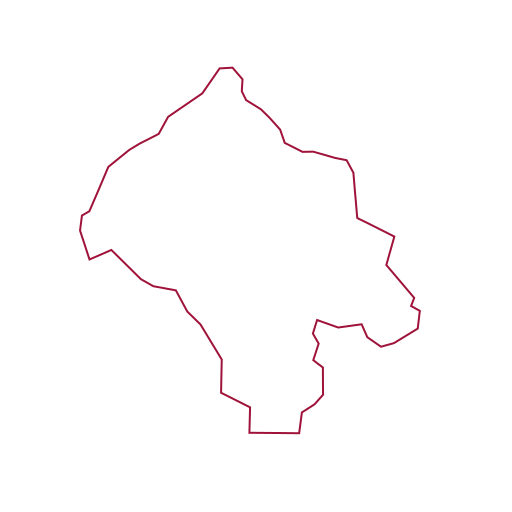 Pukë, Shkodër, Albania (Mercator projection), rotated 291°
{"feature_id": "67620474B73280275449109", "entity_name": "Pukë", "entity_type": "district", "adm_level": 2, "iso_a3": "ALB", "parent_name": "Albania", "parent_adm1": "Shkodër", "projection": "mercator", "projection_center": [19.995, 42.061], "detail": "fine", "context": "isolated", "style": "outline", "palette": "rose", "viewbox_px": 512, "rotation_deg": 291, "n_neighbors": 0, "source": "geoboundaries", "source_scale": "gbopen_adm2", "svg_char_len": 1046}
<svg xmlns="http://www.w3.org/2000/svg" viewBox="0 0 512 512"><g transform="rotate(291 256 256)"><path d="M377.9,306.3L375.9,294.6L373.9,272.0L369.9,262.1L371.9,242.3L382.6,233.3L390.0,218.9L394.7,208.1L398.0,190.9L404.7,183.7L416.1,180.1L423.4,166.6L418.1,154.8L388.6,147.6L354.5,124.1L335.1,121.4L319.1,107.0L309.7,99.7L286.3,86.2L260.2,85.3L238.1,84.4L231.4,79.0L216.7,82.6L193.1,101.8L209.8,118.8L193.1,156.9L191.0,171.0L195.2,193.5L179.5,211.8L172.2,228.7L147.1,261.1L115.8,272.4L112.6,304.7L88.6,313.2L99.8,343.1L106.0,359.8L126.4,354.9L138.5,363.8L150.5,368.3L175.9,358.4L177.7,352.1L179.3,346.8L192.8,346.1L196.7,345.9L198.3,343.9L200.8,340.8L204.0,336.9L210.3,336.5L214.3,336.2L218.1,336.0L218.7,358.4L230.1,379.1L220.1,389.0L216.1,405.2L224.1,416.0L246.2,433.0L263.5,428.6L264.2,423.6L264.5,421.7L264.9,418.7L267.6,418.7L270.4,418.7L273.6,418.7L294.3,380.9L323.7,378.2L326.3,352.4L327.6,338.4L327.8,336.9L336.4,332.7L345.7,328.2L352.2,325.0L362.6,320.0L368.6,317.1L377.9,306.3Z" fill="none" stroke="#9f1239" stroke-width="2"/></g></svg>